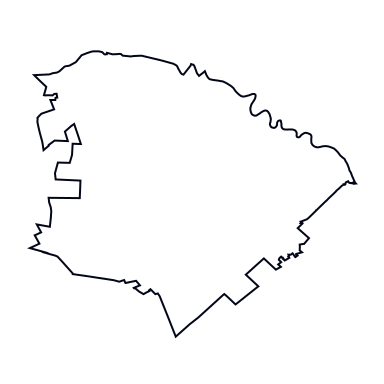 Gómez Palacio, Durango, Mexico, rotated 268°
{"feature_id": "50627088B6714837082613", "entity_name": "Gómez Palacio", "entity_type": "district", "adm_level": 2, "iso_a3": "MEX", "parent_name": "Mexico", "parent_adm1": "Durango", "projection": "natural_earth1", "projection_center": [-103.42, 25.712], "detail": "fine", "context": "isolated", "style": "outline", "palette": "ink", "viewbox_px": 384, "rotation_deg": 268, "n_neighbors": 0, "source": "geoboundaries", "source_scale": "gbopen_adm2", "svg_char_len": 5935}
<svg xmlns="http://www.w3.org/2000/svg" viewBox="0 0 384 384"><g transform="rotate(268 192 192)"><path d="M307.0,211.2L309.1,210.2L309.5,210.1L311.0,209.6L312.3,209.1L311.2,207.8L308.1,203.5L307.8,203.1L308.8,202.4L310.3,201.2L314.6,199.8L317.7,198.8L318.5,198.3L319.2,197.8L319.2,197.5L319.2,197.1L319.8,195.9L319.9,195.6L318.2,194.9L313.5,190.9L309.6,187.6L309.9,186.8L310.0,186.4L310.3,185.9L310.6,185.6L311.1,185.1L312.0,184.5L312.5,184.3L315.7,182.6L318.1,181.6L318.6,181.3L319.0,180.8L319.2,180.6L319.9,179.4L320.4,178.6L320.9,177.6L324.3,166.9L329.9,146.7L330.0,145.1L329.9,138.2L329.8,137.9L329.8,137.0L329.6,135.6L330.7,127.5L332.2,126.0L332.5,125.0L332.6,124.6L332.4,122.2L332.4,117.2L333.5,113.8L334.0,111.8L332.7,111.7L332.7,111.4L332.6,110.8L332.5,109.9L332.7,109.3L333.0,108.9L334.8,107.3L335.4,105.6L335.4,105.3L335.7,104.2L335.8,104.0L336.0,98.1L335.7,96.1L334.4,91.7L333.6,89.5L332.6,86.5L325.8,80.4L322.5,73.8L322.1,70.2L321.9,69.5L321.8,69.2L321.7,69.0L321.6,68.8L317.4,63.9L317.0,63.1L316.6,62.5L316.5,62.2L316.1,61.2L316.0,60.5L315.8,58.7L315.5,56.5L315.4,56.4L314.5,53.7L314.3,38.3L308.9,43.4L302.2,50.0L300.7,49.6L293.9,47.4L293.7,48.1L293.7,49.3L293.7,52.3L293.4,56.1L294.8,57.7L294.9,60.1L292.1,60.5L291.1,60.6L291.1,60.3L291.1,59.9L290.9,58.9L288.7,58.6L288.9,53.7L279.4,57.1L275.6,44.5L275.1,43.7L274.5,43.2L273.8,42.3L272.5,41.1L272.3,40.8L271.5,40.1L271.3,40.1L271.1,40.3L270.5,40.3L268.1,40.0L267.6,39.9L262.4,40.8L256.3,42.0L247.9,44.0L245.3,44.4L239.0,45.1L243.3,50.5L244.0,50.4L248.2,56.5L247.2,69.7L256.8,67.1L262.0,73.4L264.1,76.6L254.2,79.6L243.8,82.6L244.4,74.4L233.2,73.4L225.4,70.8L226.1,59.0L215.5,55.7L210.5,56.1L209.3,56.2L207.3,80.9L199.9,80.4L189.8,79.6L191.2,48.5L186.4,48.9L181.7,50.3L177.7,50.7L171.0,50.0L162.2,48.7L165.0,35.8L156.9,39.8L155.6,36.7L154.2,33.3L145.7,37.7L142.4,30.0L142.4,29.8L141.6,28.0L137.2,42.0L136.7,43.5L136.5,42.8L134.8,48.0L133.2,53.1L132.2,55.3L127.6,59.3L114.6,70.1L114.1,70.0L112.0,81.8L106.6,110.7L104.9,116.1L106.4,121.1L103.4,122.3L105.2,133.0L100.5,136.7L98.2,130.5L97.7,130.9L97.9,131.7L94.4,135.6L91.6,140.0L93.1,142.8L93.8,144.3L94.5,146.0L95.3,145.7L96.3,147.1L91.2,151.8L91.8,154.3L88.9,156.1L66.1,164.3L48.0,170.7L60.1,185.3L66.1,193.6L88.0,219.5L88.9,220.7L86.7,223.1L78.1,231.6L95.4,255.0L107.5,242.9L116.0,253.0L123.1,261.5L111.5,273.1L114.1,278.2L116.6,275.6L118.8,278.7L121.2,276.4L122.6,276.9L124.0,278.4L124.3,278.8L122.9,280.2L123.1,280.5L122.4,281.0L122.1,280.5L120.3,282.3L122.8,286.9L124.1,286.0L124.5,286.6L124.8,286.8L125.4,286.4L125.6,287.0L126.0,286.7L125.9,288.5L127.2,290.4L123.3,292.9L123.3,293.0L124.7,295.2L125.9,293.8L126.4,293.9L127.9,299.8L129.9,297.6L133.9,297.9L135.7,297.8L136.2,301.2L136.2,302.2L141.8,307.3L151.2,297.4L152.2,296.4L157.3,302.0L157.2,301.6L157.4,301.0L157.3,300.3L157.3,299.5L157.6,299.7L158.0,299.8L158.3,299.8L158.6,299.6L158.7,300.1L160.8,306.1L162.9,308.6L169.1,315.4L169.3,315.4L169.3,315.6L171.3,317.8L174.5,321.3L174.8,321.7L177.3,324.4L179.4,326.9L179.8,327.2L181.8,329.4L187.2,335.5L187.4,335.7L187.5,335.7L187.9,336.1L188.0,336.1L189.9,338.4L190.3,339.0L192.6,341.5L193.3,342.4L193.3,342.5L193.8,343.4L193.9,344.1L193.9,344.4L194.5,344.1L194.6,345.6L196.2,346.0L197.2,348.2L197.3,348.5L196.7,348.8L196.2,348.9L195.6,349.7L195.2,352.0L195.5,352.0L195.9,353.6L194.6,353.9L194.7,355.6L194.8,355.8L194.8,356.0L195.5,355.4L196.8,354.8L198.8,354.0L200.7,353.3L201.0,353.1L202.8,352.4L205.7,351.5L206.4,351.1L207.5,350.4L208.9,349.9L210.2,349.7L213.4,348.6L215.1,347.9L216.6,347.1L217.4,346.6L219.1,345.9L219.8,345.5L220.8,344.2L222.3,342.5L223.2,341.6L224.1,340.9L225.3,340.1L227.1,338.8L228.6,337.4L230.0,336.0L230.6,335.2L231.4,333.4L232.1,331.8L232.8,329.8L233.1,328.2L233.2,326.8L233.2,325.2L233.0,323.7L232.7,322.4L232.4,320.6L232.2,319.1L232.5,317.8L232.8,316.8L233.4,315.7L234.5,314.4L235.2,313.9L235.9,313.5L236.7,313.1L237.6,313.0L239.5,313.0L241.3,313.1L242.7,313.3L243.5,313.3L244.3,313.1L244.9,312.8L245.6,312.1L246.6,310.0L247.1,308.4L247.2,307.2L246.8,306.0L246.2,304.9L245.7,304.0L244.9,303.0L243.5,301.8L243.2,301.4L243.0,300.8L242.9,300.4L243.0,299.8L243.2,299.2L243.5,298.8L244.0,298.6L244.7,298.5L247.0,298.7L247.6,298.6L248.4,298.3L248.9,298.0L249.5,297.7L250.0,297.1L250.3,296.5L250.6,295.7L250.8,295.3L250.9,294.8L251.0,294.0L251.0,293.6L251.1,291.4L251.1,289.2L251.2,287.2L251.5,286.1L251.6,285.5L251.7,285.4L251.9,285.2L252.0,285.0L252.1,284.9L252.5,284.6L252.7,284.4L252.8,284.3L253.0,284.2L253.4,284.0L253.7,283.9L253.9,283.9L254.4,283.8L254.5,283.8L254.9,283.7L255.2,283.7L256.3,283.7L256.8,283.8L258.6,283.5L259.6,283.4L260.3,283.1L260.5,282.6L260.4,281.9L260.3,281.4L260.1,280.8L259.4,280.1L258.5,279.6L258.2,279.5L255.7,279.2L254.5,278.4L253.6,277.5L253.2,276.3L253.3,275.7L253.5,274.8L253.8,274.0L254.4,273.2L255.5,272.6L257.0,272.2L258.4,272.5L258.9,272.8L259.3,272.9L259.9,273.0L260.8,273.1L261.6,273.3L262.1,273.3L262.8,273.2L262.9,273.3L267.2,272.2L269.7,270.7L270.4,269.9L270.8,269.0L270.9,268.3L270.8,267.4L270.4,266.3L269.8,265.0L269.3,264.1L268.3,262.7L266.2,259.1L266.1,258.4L266.1,257.7L266.1,257.2L267.0,255.3L267.6,254.6L268.3,254.2L269.0,253.9L270.3,253.5L271.1,253.4L272.2,253.2L272.9,253.2L273.6,253.3L274.0,253.3L274.9,253.6L275.9,253.9L276.6,254.1L277.9,254.7L278.1,254.9L279.9,256.1L280.9,256.9L281.2,257.1L282.4,257.8L282.7,258.0L283.9,258.5L285.1,258.8L285.8,258.9L286.1,258.9L286.6,258.9L287.1,258.7L287.3,258.5L287.6,258.1L287.8,257.5L287.9,257.0L287.8,256.5L287.8,255.8L287.7,255.5L287.4,254.5L286.6,252.2L285.8,248.7L285.6,247.4L285.6,247.1L285.6,246.5L285.6,246.3L285.8,245.7L286.0,244.7L286.7,243.7L287.9,242.2L288.1,242.0L289.6,240.5L291.3,239.0L294.3,237.1L294.5,236.9L295.7,235.7L297.0,234.1L299.6,230.2L300.2,229.1L300.6,228.3L301.0,227.6L301.3,226.9L301.5,226.4L301.8,224.6L302.4,222.0L302.9,219.1L303.3,216.8L303.8,214.8L304.2,213.5L304.4,213.2L305.9,211.9L306.1,211.8L307.0,211.2Z" fill="none" stroke="#020617" stroke-width="2"/></g></svg>